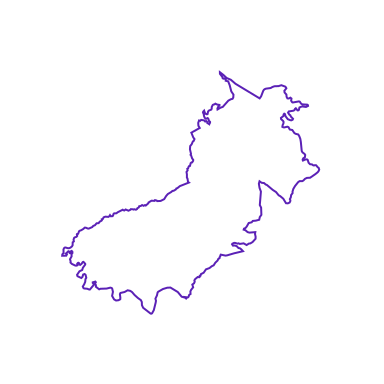 Senekane, Berea, Lesotho (Mercator projection), rotated 239°
{"feature_id": "5366337B41059399300258", "entity_name": "Senekane", "entity_type": "district", "adm_level": 2, "iso_a3": "LSO", "parent_name": "Lesotho", "parent_adm1": "Berea", "projection": "mercator", "projection_center": [27.679, -29.225], "detail": "fine", "context": "isolated", "style": "outline", "palette": "violet", "viewbox_px": 384, "rotation_deg": 239, "n_neighbors": 0, "source": "geoboundaries", "source_scale": "gbopen_adm2", "svg_char_len": 6038}
<svg xmlns="http://www.w3.org/2000/svg" viewBox="0 0 384 384"><g transform="rotate(239 192 192)"><path d="M206.0,335.8L206.7,336.1L207.5,335.8L210.3,331.7L211.6,331.0L213.9,330.9L214.6,330.3L216.8,324.5L217.3,324.1L219.2,324.0L220.9,325.4L222.2,324.9L222.3,323.1L223.1,322.0L224.9,322.1L226.9,323.1L229.6,322.6L231.2,323.3L232.3,326.3L233.2,326.4L234.3,326.2L237.5,323.6L238.2,320.7L240.2,317.1L240.6,314.9L240.6,313.0L242.5,308.6L242.7,307.3L242.6,306.3L242.0,305.1L238.4,300.5L237.4,298.2L262.4,285.0L268.2,283.1L271.9,280.4L276.2,279.2L280.3,277.6L278.9,276.8L274.7,277.3L274.0,276.9L273.0,277.2L272.6,278.2L271.9,278.6L270.8,278.8L270.0,278.2L268.2,280.0L264.1,279.3L258.0,277.5L254.1,277.7L251.7,276.0L251.0,274.7L251.5,273.0L251.6,270.2L249.1,262.2L249.6,259.8L249.6,256.4L250.5,256.8L251.7,258.6L251.9,260.0L252.5,260.4L254.0,258.6L255.7,257.5L255.5,256.5L255.9,255.5L255.9,254.6L254.7,252.7L253.3,251.8L252.7,251.0L253.1,248.4L252.7,247.2L250.8,245.5L250.9,244.8L252.0,244.0L253.2,243.8L255.5,244.3L255.1,243.0L254.6,242.4L252.0,242.0L251.3,241.5L249.0,241.1L247.6,241.6L247.3,243.5L246.2,243.7L244.4,243.2L242.8,243.6L242.0,243.1L241.9,242.4L241.2,241.7L243.3,240.7L243.8,241.2L245.5,240.7L245.6,239.6L247.1,239.3L249.1,237.0L248.8,235.7L249.7,234.9L248.0,232.9L245.5,231.6L242.9,231.6L243.2,222.0L238.1,221.2L236.1,221.4L234.9,219.8L234.9,218.8L233.1,216.3L232.3,214.1L229.6,212.2L225.2,210.8L224.6,209.9L223.9,210.1L220.7,209.4L218.9,209.6L218.1,209.0L217.3,207.4L217.6,206.8L217.4,205.7L215.4,203.7L215.7,202.9L215.4,202.1L214.3,200.9L214.3,199.9L212.8,199.4L212.0,197.6L209.7,196.7L206.9,195.0L206.0,195.1L202.7,193.8L201.7,194.2L203.3,184.6L202.8,181.3L203.1,180.5L202.5,179.4L202.5,176.9L203.0,175.8L202.7,174.2L202.7,170.2L201.9,167.8L200.2,164.5L200.5,160.5L202.1,157.5L202.9,157.3L204.1,156.1L203.7,155.3L205.4,152.8L205.4,149.3L204.8,148.7L204.2,145.4L205.0,145.0L205.1,143.4L206.5,142.5L206.4,140.9L207.0,139.4L206.2,138.5L206.2,136.7L205.7,136.1L205.7,134.8L206.9,133.7L207.0,132.9L207.6,132.5L208.8,130.7L208.5,130.0L208.7,127.9L211.2,126.1L211.0,124.5L211.8,123.7L212.5,123.5L212.9,117.9L212.7,116.2L213.8,114.3L213.5,113.2L212.7,112.5L212.2,111.5L213.0,109.9L214.4,109.8L213.9,108.8L213.7,107.6L215.5,105.0L215.8,103.2L214.8,101.6L215.1,100.6L214.2,100.2L214.0,99.6L214.1,97.6L213.4,95.9L214.3,94.1L213.5,91.7L213.8,89.9L213.3,88.4L213.8,84.7L214.3,83.9L216.1,82.6L216.7,81.7L216.3,79.8L216.3,77.3L216.6,75.9L216.5,74.9L214.9,73.0L214.8,72.6L215.2,71.9L214.9,71.4L213.5,71.0L213.1,69.9L213.5,67.9L213.3,67.2L212.1,65.9L210.5,65.3L210.3,63.8L207.8,62.2L207.2,61.1L206.9,59.1L207.2,57.5L208.0,56.4L209.5,55.1L209.9,54.2L209.7,53.3L208.9,52.2L206.0,50.6L205.3,48.7L204.2,47.9L202.2,51.4L203.0,52.7L204.2,52.2L204.9,55.5L204.3,56.0L202.7,55.7L202.3,56.0L202.4,56.8L203.6,57.9L203.5,58.5L202.4,58.7L201.3,58.1L200.7,56.7L198.8,55.6L197.2,52.8L195.2,52.3L194.1,51.5L192.2,52.0L189.0,54.1L188.3,55.2L188.2,56.1L189.6,56.6L190.0,57.7L189.8,58.3L189.4,58.5L187.8,58.2L187.1,58.6L187.3,60.3L188.2,62.3L188.0,63.0L185.5,63.5L184.8,63.1L183.3,59.5L181.7,57.7L182.0,54.7L180.2,50.8L178.8,50.5L175.3,52.8L175.6,54.3L177.3,56.2L177.0,57.7L175.8,58.1L172.9,57.2L172.2,55.8L170.0,54.2L168.4,52.0L167.2,49.7L165.5,49.5L164.8,49.9L163.1,52.3L161.3,53.7L161.0,54.3L163.0,60.0L163.5,60.3L165.2,60.1L165.7,60.4L165.0,63.0L164.2,63.1L163.1,61.3L161.7,61.7L160.3,60.8L156.4,62.3L156.2,63.7L153.2,69.1L152.1,72.7L151.1,73.7L150.2,73.8L147.1,72.8L144.1,70.0L140.1,69.9L138.1,71.0L137.1,73.2L137.0,75.2L138.2,76.1L141.6,77.6L142.3,78.7L141.0,82.7L140.9,86.2L139.0,88.2L137.0,89.1L133.4,89.7L129.1,91.0L125.6,92.5L123.5,92.3L120.8,90.8L117.9,90.5L109.1,93.9L108.6,94.6L108.6,95.3L110.4,98.4L115.7,103.7L117.3,105.1L119.4,105.7L121.4,108.7L123.6,110.8L123.9,111.6L123.8,117.1L122.7,121.5L121.2,124.3L113.6,128.3L107.6,129.2L104.9,131.7L103.7,132.1L103.8,132.4L105.3,132.2L103.8,134.1L103.9,134.9L105.3,136.7L105.3,138.2L107.6,139.4L108.6,140.9L109.7,143.9L112.5,144.6L112.7,146.7L113.7,148.1L115.0,148.5L115.7,149.8L116.2,153.1L115.2,154.3L115.4,155.1L116.2,155.5L115.9,156.2L117.0,157.4L116.8,160.4L118.5,164.1L117.8,167.8L118.2,170.7L118.0,172.8L119.4,175.6L120.1,178.7L121.0,179.8L121.1,181.5L121.8,181.9L122.2,183.0L123.0,183.6L123.5,184.4L120.2,188.0L119.6,189.5L117.8,196.4L115.0,205.2L117.5,204.7L119.2,204.0L120.0,203.0L122.6,202.4L124.2,201.0L124.9,199.5L126.6,199.4L126.9,200.0L126.7,201.9L126.1,202.8L124.3,204.4L124.0,205.5L122.9,206.2L121.4,209.8L118.4,211.5L118.5,214.2L117.9,215.5L117.9,218.1L119.2,222.4L120.9,223.5L123.6,224.4L125.0,225.6L127.6,220.3L129.0,219.0L131.7,218.1L133.1,216.9L133.8,217.7L133.6,219.3L134.2,221.1L136.2,224.6L135.3,227.5L135.9,229.2L134.6,231.9L133.6,235.3L135.6,237.2L136.7,239.7L143.0,243.2L145.9,243.4L156.9,251.3L160.7,252.0L164.7,253.6L166.4,255.4L164.1,256.4L162.5,258.4L160.5,259.0L159.5,259.8L152.2,262.3L148.7,264.0L144.5,264.6L143.0,265.5L139.2,266.8L134.0,266.8L132.9,268.3L132.7,270.2L133.4,271.4L134.3,272.1L135.5,272.2L136.4,273.8L138.4,275.5L139.2,277.6L140.6,278.4L142.5,280.5L144.1,283.5L145.8,288.1L145.9,289.8L144.5,292.1L144.5,293.5L145.1,295.6L144.9,297.8L143.4,300.6L143.8,307.0L144.2,309.9L144.8,311.4L145.7,312.6L147.5,313.0L148.5,312.5L150.9,312.2L151.7,311.2L151.9,310.2L152.5,309.6L153.8,309.1L155.0,307.5L157.0,307.0L159.9,307.7L160.8,307.3L161.5,305.8L161.8,303.3L162.6,303.4L163.2,304.1L163.6,304.8L163.6,306.6L165.4,308.1L166.6,308.1L169.1,307.1L170.7,307.2L178.9,311.1L181.7,312.2L184.5,312.7L186.6,312.7L188.5,310.8L189.8,310.1L193.5,309.9L195.2,308.0L197.9,308.1L198.9,307.3L199.8,304.4L200.4,303.6L201.3,303.0L202.7,304.2L203.6,305.6L204.9,306.6L205.9,306.7L208.7,305.9L209.7,306.4L210.0,309.4L211.3,310.5L211.6,311.4L210.9,311.8L208.7,311.2L205.1,311.6L203.0,313.2L202.3,314.0L202.1,315.4L202.7,316.3L205.7,315.6L207.2,315.8L208.1,315.3L210.5,315.2L211.2,316.4L209.5,320.7L209.4,322.0L210.2,323.1L210.3,324.1L207.6,324.5L207.2,325.3L207.4,326.0L209.1,327.6L209.0,328.8L208.6,330.5L206.2,333.5L206.0,335.8Z" fill="none" stroke="#5b21b6" stroke-width="2"/></g></svg>